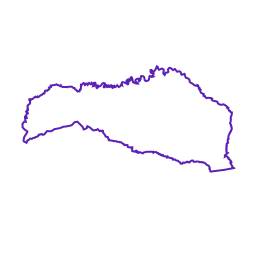 Kralanh, Siemréab, Cambodia, rotated 81°
{"feature_id": "14789045B14092242539630", "entity_name": "Kralanh", "entity_type": "district", "adm_level": 2, "iso_a3": "KHM", "parent_name": "Cambodia", "parent_adm1": "Siemréab", "projection": "albers", "projection_center": [103.469, 13.548], "detail": "fine", "context": "isolated", "style": "outline", "palette": "violet", "viewbox_px": 256, "rotation_deg": 81, "n_neighbors": 0, "source": "geoboundaries", "source_scale": "gbopen_adm2", "svg_char_len": 5701}
<svg xmlns="http://www.w3.org/2000/svg" viewBox="0 0 256 256"><g transform="rotate(81 128 128)"><path d="M80.2,70.2L79.9,70.9L77.2,72.3L77.0,72.6L77.9,74.5L76.0,76.0L75.3,76.8L75.1,77.8L76.4,79.4L78.8,79.3L79.4,80.2L79.2,82.2L81.4,83.5L79.8,84.6L77.6,84.1L76.8,83.6L75.7,83.7L74.6,85.1L75.3,88.4L73.5,89.1L72.4,89.0L71.6,89.8L74.8,91.9L76.2,93.6L76.2,94.7L74.3,95.7L74.3,96.6L75.8,97.0L77.3,96.5L77.5,94.3L77.8,94.1L78.9,94.3L79.9,95.6L81.1,94.7L81.4,96.6L80.0,98.3L80.3,98.7L83.6,99.9L84.4,101.1L84.4,103.0L83.4,104.0L80.2,104.1L79.2,105.1L78.8,106.7L79.0,107.1L81.8,107.9L83.6,109.4L83.3,109.9L81.3,109.5L80.9,109.7L80.9,111.5L81.6,112.9L82.8,113.4L83.5,113.2L84.9,111.5L85.7,111.2L85.5,112.6L83.6,115.9L80.2,116.0L78.9,116.2L78.3,116.7L78.9,117.7L79.8,118.1L80.7,117.7L81.4,118.2L81.4,118.6L80.3,119.4L80.0,119.9L80.4,120.3L82.0,119.9L82.1,120.6L80.5,121.3L81.1,122.0L81.9,122.2L83.0,120.6L83.6,120.5L84.4,120.8L84.8,121.3L82.6,124.3L81.8,126.1L82.1,126.8L82.7,127.2L84.9,127.1L84.1,128.0L85.5,129.1L86.1,130.7L84.1,132.0L85.7,134.1L85.6,134.5L84.1,135.0L84.2,135.4L85.6,136.1L86.0,137.0L84.8,137.7L83.6,137.3L83.1,137.9L83.3,138.7L84.6,139.5L84.6,139.9L84.2,140.4L83.4,140.0L82.9,140.5L82.8,141.4L84.3,141.8L84.3,142.2L82.9,142.1L82.3,142.5L82.1,143.0L84.1,144.6L83.9,145.5L82.3,145.0L81.3,143.7L80.5,143.7L79.8,144.8L79.9,146.2L81.7,147.9L82.5,149.5L82.3,150.4L81.3,150.9L81.2,151.3L81.9,151.7L83.2,151.5L83.8,152.4L83.2,152.9L81.5,152.4L80.8,152.7L80.6,153.4L81.3,155.1L81.3,156.0L80.0,155.3L78.9,153.1L78.7,153.0L78.1,153.5L78.0,154.5L78.7,155.9L77.8,156.8L79.0,157.2L79.1,157.9L77.4,159.3L79.0,160.9L77.8,161.2L77.6,162.9L77.7,163.2L78.7,163.2L78.9,163.8L77.1,164.4L76.6,165.0L78.1,166.7L77.8,167.7L81.1,168.2L82.5,168.7L82.3,169.2L82.6,169.5L84.2,170.2L83.9,171.0L84.1,172.0L83.5,172.7L82.8,172.7L81.1,174.5L80.1,174.6L79.9,175.7L78.4,177.0L77.9,180.6L78.3,181.5L77.9,182.0L77.4,185.9L76.5,187.3L75.6,187.6L76.2,188.0L76.2,188.4L75.6,188.8L74.8,189.9L74.8,190.6L73.7,191.7L74.0,192.8L74.0,197.6L74.8,197.3L75.5,197.7L75.6,199.6L76.6,199.3L77.3,199.7L77.4,200.5L77.9,200.7L78.6,202.1L78.1,203.0L78.3,204.1L80.2,204.8L80.2,205.3L81.0,205.7L80.8,206.7L81.6,207.5L82.0,209.1L83.4,211.6L83.4,212.1L82.9,212.4L83.3,212.9L83.3,213.2L82.9,213.3L83.1,213.9L83.0,214.8L82.7,214.9L84.5,217.9L84.6,218.9L84.3,219.4L84.1,220.9L84.8,221.2L85.8,220.2L86.4,220.7L87.9,220.7L88.7,221.2L90.1,223.7L92.0,224.0L92.7,223.7L93.6,224.4L94.2,223.9L94.6,224.0L94.5,224.4L95.9,226.1L96.2,226.0L96.8,224.8L98.0,224.6L98.1,225.6L100.1,227.4L100.9,226.5L102.3,226.4L102.2,227.0L101.1,227.6L101.1,228.1L101.5,228.2L105.9,228.0L105.4,229.4L107.5,231.6L111.0,232.0L113.6,230.1L115.3,228.2L116.2,228.0L120.5,231.8L123.4,233.0L124.8,233.1L126.7,230.6L125.0,229.3L124.6,229.4L124.1,227.7L123.1,226.2L123.7,224.7L123.0,223.1L123.0,221.3L122.5,220.8L122.2,218.4L121.4,217.9L121.3,217.2L120.6,216.9L120.8,216.2L120.4,214.5L120.6,213.9L121.3,213.6L121.3,211.7L118.4,208.5L119.2,204.4L117.6,200.6L117.5,195.4L116.6,191.5L116.8,189.4L116.6,183.9L116.2,182.8L113.9,179.9L113.9,177.0L119.8,172.6L122.5,172.0L122.4,170.7L121.5,168.6L120.1,168.2L119.9,167.8L121.6,165.5L124.9,162.8L125.0,159.6L124.4,158.1L126.7,156.5L126.4,155.5L127.2,154.2L126.6,153.6L126.8,153.2L129.0,153.2L131.1,151.9L133.0,151.4L133.7,149.4L135.3,149.3L136.0,148.6L137.1,148.8L138.3,144.8L138.7,144.4L139.1,142.0L139.8,141.1L140.2,139.2L140.9,138.2L140.9,137.2L142.8,135.4L143.1,134.7L144.3,134.4L144.8,131.2L146.7,131.2L147.4,129.5L147.7,127.0L148.5,127.5L148.8,126.9L150.8,127.5L151.5,127.4L151.9,126.5L152.3,125.0L151.7,123.9L151.8,123.1L152.6,122.4L153.3,123.2L153.9,122.2L154.2,121.7L153.7,121.2L154.0,120.8L153.7,120.4L154.4,118.8L155.4,117.4L154.7,116.5L154.4,113.5L155.2,108.0L156.3,107.0L155.5,106.4L156.2,105.2L156.1,104.0L157.2,103.1L157.4,102.3L158.4,101.9L158.9,101.0L158.6,100.7L159.4,99.7L159.8,99.8L160.1,98.3L160.5,98.7L161.9,96.1L161.9,95.2L162.5,94.5L162.3,93.8L163.3,94.0L163.2,92.6L163.9,91.7L164.8,89.2L165.1,88.7L166.1,88.8L166.4,88.3L166.4,86.6L167.4,85.8L168.3,83.6L169.0,83.3L170.3,81.8L171.3,81.7L171.8,80.1L170.8,79.1L171.1,78.8L171.0,77.8L171.3,77.4L170.5,74.8L171.3,74.1L171.1,73.3L171.6,72.6L170.5,71.3L170.1,69.9L170.3,69.0L171.8,68.2L171.9,64.8L172.5,62.9L173.0,62.5L173.1,60.6L173.7,60.0L173.6,59.1L174.9,57.3L177.0,55.7L178.0,54.1L180.1,53.5L181.0,54.0L181.5,53.6L183.8,53.4L184.0,52.8L184.4,39.1L184.1,29.7L183.5,30.1L183.4,30.8L182.6,31.2L181.6,31.1L180.2,31.8L179.0,31.8L178.5,32.4L178.1,32.3L178.4,31.7L178.2,31.2L176.7,31.5L175.0,32.6L174.6,33.4L173.7,33.7L173.4,33.4L173.0,34.0L171.8,34.3L171.1,35.8L171.4,36.6L170.8,36.3L170.2,36.6L168.2,33.3L167.0,34.6L165.2,34.2L164.9,34.4L164.4,33.9L163.4,34.1L162.3,33.5L161.9,33.8L161.2,33.5L160.7,33.0L159.9,33.3L158.8,32.8L158.4,31.8L158.1,32.0L157.7,31.4L155.8,31.6L153.9,30.6L154.0,30.3L152.8,30.4L150.6,29.5L149.3,28.3L148.6,28.3L147.5,26.9L146.6,26.8L145.7,25.8L143.9,25.5L143.1,25.8L142.2,25.6L141.8,26.0L140.7,25.8L139.4,26.5L137.6,25.6L135.4,25.0L135.1,25.2L133.0,24.6L131.4,23.6L128.9,22.9L128.4,24.2L127.2,24.5L126.8,25.4L124.9,26.0L123.7,25.7L123.4,27.1L122.3,26.9L121.9,27.2L119.6,29.8L119.7,32.4L118.6,34.7L117.3,35.5L116.3,35.6L115.7,36.2L114.2,40.0L113.0,40.9L112.1,40.3L111.4,41.3L110.6,44.4L110.8,45.8L109.4,47.0L108.6,47.0L108.0,48.4L107.1,48.1L106.5,48.5L106.2,48.1L104.6,50.5L102.4,50.9L101.6,50.4L101.3,51.2L100.8,50.9L100.2,51.0L100.5,51.6L100.2,51.9L98.8,51.7L97.6,52.7L97.5,52.1L96.9,52.2L96.3,53.1L97.0,53.8L96.9,54.2L96.2,55.8L94.3,57.3L93.2,58.9L92.1,59.8L90.2,59.8L89.2,60.2L88.0,61.5L87.5,62.9L86.8,63.2L84.8,63.6L83.7,63.5L83.3,63.8L83.9,66.4L83.5,67.0L81.2,67.2L80.2,68.0L79.9,69.3L80.2,70.2Z" fill="none" stroke="#5b21b6" stroke-width="2"/></g></svg>